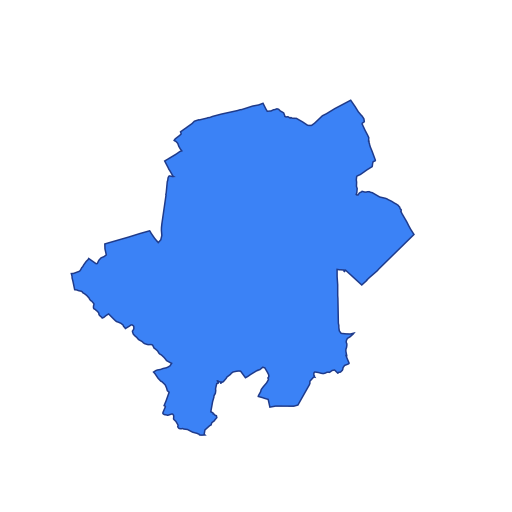 outline of Dorobantu, Tulcea, Romania, rotated 138°
{"feature_id": "2599482B37280829383537", "entity_name": "Dorobantu", "entity_type": "district", "adm_level": 2, "iso_a3": "ROU", "parent_name": "Romania", "parent_adm1": "Tulcea", "projection": "albers", "projection_center": [28.322, 44.951], "detail": "fine", "context": "isolated", "style": "filled", "palette": "blue", "viewbox_px": 512, "rotation_deg": 138, "n_neighbors": 0, "source": "geoboundaries", "source_scale": "gbopen_adm2", "svg_char_len": 6086}
<svg xmlns="http://www.w3.org/2000/svg" viewBox="0 0 512 512"><g transform="rotate(138 256 256)"><path d="M118.6,191.5L118.3,192.2L117.3,193.0L117.1,193.6L117.3,194.6L116.5,196.2L116.6,197.4L116.4,198.3L117.1,201.1L117.6,202.3L118.6,205.9L120.2,209.8L120.4,210.7L121.1,212.1L124.6,217.1L127.2,225.2L128.4,226.9L128.5,227.4L128.8,228.0L130.2,229.2L131.4,229.8L132.3,230.6L133.9,233.1L134.7,233.0L136.0,233.5L137.3,233.6L139.4,233.1L140.3,234.1L140.4,234.6L138.5,235.8L135.7,238.4L134.7,240.6L131.8,243.6L130.5,245.5L128.0,247.7L127.3,247.8L123.8,246.7L116.0,245.8L109.9,244.7L109.3,245.1L107.2,246.9L106.1,247.6L105.4,247.6L103.9,247.0L103.2,247.3L99.7,256.0L98.0,260.8L97.6,261.5L97.3,262.4L96.6,263.4L96.2,264.5L95.2,265.7L95.1,265.9L95.4,266.1L93.0,268.5L92.1,271.5L90.8,276.6L88.8,283.1L88.3,283.5L88.0,283.6L86.0,283.3L85.5,283.5L84.0,285.8L83.5,289.2L83.6,290.4L83.5,293.6L83.5,294.6L82.4,300.6L81.4,308.4L98.8,312.8L108.5,314.6L112.8,315.8L123.7,315.5L127.4,315.9L129.7,318.0L130.2,318.7L131.6,324.3L133.9,331.3L136.9,334.1L137.4,335.5L138.3,335.6L139.1,338.2L140.0,338.7L140.7,339.4L141.2,340.4L140.9,340.7L139.7,343.8L140.3,345.9L140.9,347.5L141.0,349.8L141.2,350.2L141.5,350.8L142.3,351.6L143.9,352.1L145.2,353.0L147.7,353.7L150.8,356.0L150.3,358.6L148.6,364.8L153.0,366.5L158.2,369.7L168.7,374.4L169.9,375.3L172.5,376.5L186.9,384.7L194.9,388.8L197.8,389.9L199.1,390.9L200.2,391.3L206.1,394.5L207.4,395.3L207.5,395.6L211.6,397.4L214.9,397.2L229.0,398.8L229.6,397.3L229.9,396.9L230.4,396.7L232.2,396.7L237.7,397.1L239.5,396.7L239.4,396.1L238.9,394.9L238.8,394.3L238.8,392.1L240.0,389.1L240.6,386.3L240.8,383.8L242.8,384.6L246.9,385.1L260.3,387.7L262.3,380.0L262.7,378.9L262.9,377.3L264.3,370.7L264.2,370.4L265.0,371.0L266.4,373.0L266.7,373.4L267.4,373.6L269.1,372.9L270.8,371.4L272.2,370.6L280.5,363.0L281.9,362.0L282.2,361.4L304.3,343.0L307.2,340.4L309.1,338.4L312.2,334.3L316.0,331.7L319.7,331.4L319.5,332.9L319.7,333.0L319.7,333.5L319.6,334.3L319.5,337.1L318.7,343.2L318.2,345.4L318.2,345.9L327.1,350.3L338.2,355.4L356.9,364.5L360.3,366.1L363.5,362.3L366.5,357.0L369.3,357.2L372.4,358.3L375.4,358.0L376.9,357.5L378.9,356.6L379.4,356.8L380.0,357.3L382.0,366.1L383.0,365.7L385.8,365.6L389.9,364.7L392.0,364.0L393.3,363.9L396.1,362.9L397.4,362.8L403.2,365.1L405.0,366.5L406.3,364.0L407.4,362.7L408.8,360.0L413.3,352.3L411.9,350.7L411.2,349.2L409.4,346.7L409.1,345.6L409.3,344.6L408.7,342.8L408.2,340.0L408.2,336.3L408.5,335.5L408.7,333.6L408.3,332.5L408.4,329.1L408.7,328.6L410.3,327.5L411.5,326.2L411.7,325.5L411.7,324.9L411.2,323.8L411.2,322.8L411.0,321.9L410.9,319.4L411.3,318.3L411.8,317.7L412.0,316.9L412.0,316.2L411.7,313.8L411.8,312.8L410.2,312.2L407.3,312.1L404.3,311.6L403.9,303.6L403.7,301.4L403.4,300.3L402.6,299.0L401.4,296.3L401.1,294.4L401.0,293.5L401.5,292.3L401.4,290.6L401.6,289.5L397.0,288.6L395.1,288.4L394.6,288.1L394.2,287.7L393.9,286.6L393.9,285.6L395.1,284.0L396.2,283.3L398.0,282.9L398.4,282.5L399.2,280.7L399.5,279.8L399.4,277.1L399.1,275.5L399.2,272.5L398.1,269.3L397.8,268.2L397.8,266.8L397.4,265.4L396.0,263.0L395.4,262.2L393.2,260.4L392.5,259.2L392.5,258.8L393.4,255.7L393.0,254.3L392.7,251.7L392.7,251.0L393.0,249.6L393.2,248.4L393.0,247.1L392.5,245.8L392.2,242.1L392.3,239.6L392.5,238.2L390.8,233.3L390.5,232.7L393.4,231.9L395.5,232.3L397.4,232.9L400.4,234.6L402.8,235.5L405.6,237.3L407.2,237.9L409.8,238.3L409.8,236.3L410.6,230.6L410.5,226.7L410.0,225.5L409.7,221.4L409.9,220.3L410.8,217.7L412.0,215.3L411.9,214.0L411.7,212.9L419.8,208.5L424.4,206.3L424.0,205.2L424.2,204.6L429.8,202.0L430.5,201.4L430.6,200.6L430.2,199.4L428.8,197.7L428.3,196.8L427.8,196.5L424.2,194.9L423.7,194.2L423.8,193.0L424.2,192.2L424.8,191.5L426.3,190.1L426.4,189.2L426.2,186.7L427.0,182.9L427.3,182.2L428.3,181.6L428.6,180.7L428.6,179.4L428.2,178.7L427.3,177.7L425.9,176.8L425.5,175.8L423.0,172.9L421.0,167.5L418.4,163.5L418.0,162.4L417.6,161.9L417.6,161.4L417.7,161.0L417.5,160.5L416.2,159.2L413.7,157.2L413.8,158.2L410.4,160.9L403.9,160.9L402.4,160.5L401.0,161.4L400.2,161.7L399.2,161.6L397.0,161.4L396.5,161.7L393.3,162.1L393.0,162.4L392.7,163.3L392.3,163.8L393.1,165.5L393.0,166.9L393.4,167.3L393.1,167.6L393.0,168.2L393.1,168.8L393.5,169.4L393.5,170.1L393.8,170.5L385.7,176.8L381.7,179.3L381.0,180.1L379.6,180.6L379.4,180.9L378.9,180.8L378.0,181.2L376.0,182.9L375.3,183.9L374.5,184.7L370.5,187.5L369.4,186.8L369.0,186.9L368.7,187.2L368.3,189.0L367.9,188.8L367.8,187.6L366.7,186.2L367.0,185.9L367.3,185.1L367.0,184.9L365.7,185.2L365.2,184.6L364.1,184.5L360.1,185.0L358.5,185.5L354.1,185.1L353.0,185.4L350.5,185.1L347.3,183.2L345.8,182.1L344.5,180.7L345.3,172.6L342.8,172.0L339.4,171.6L331.9,170.2L331.4,170.1L331.3,169.7L330.2,169.6L329.4,169.0L325.3,168.8L324.8,167.7L324.3,167.1L325.2,162.5L325.9,159.8L326.4,158.7L327.3,157.7L328.8,157.4L329.1,156.2L329.8,155.7L333.1,154.6L337.9,154.0L341.4,153.3L343.5,152.0L347.6,150.6L348.3,150.1L345.8,146.2L345.0,144.7L342.9,141.3L346.8,134.4L341.8,131.3L328.4,119.1L324.6,117.2L302.5,124.6L301.0,125.4L300.3,126.4L299.5,126.9L294.5,127.4L293.7,127.1L293.4,126.7L293.3,127.4L292.8,127.9L292.9,128.5L292.7,128.8L291.4,130.2L290.5,130.5L290.1,130.5L289.4,129.9L287.4,127.4L286.1,125.3L284.8,123.7L284.2,123.3L282.8,122.6L281.0,122.1L280.0,121.3L279.3,120.4L279.0,120.3L276.1,120.0L274.0,118.8L273.9,118.5L273.6,114.2L273.1,114.1L272.5,114.3L270.9,113.2L268.3,113.3L267.4,113.7L266.0,114.8L263.4,115.4L259.7,114.0L258.9,113.9L258.5,114.1L256.7,119.3L255.7,121.8L255.2,121.3L253.2,124.7L252.6,125.5L251.6,126.5L249.7,127.6L248.2,128.9L247.3,129.9L246.8,131.3L246.2,132.1L245.0,132.9L243.2,133.6L240.1,133.0L236.0,133.0L234.9,133.2L238.1,134.9L241.4,138.1L243.0,139.9L244.0,140.9L244.5,141.8L244.2,144.6L242.4,147.3L240.9,149.0L239.8,150.9L223.5,169.7L221.7,172.0L214.6,179.9L209.6,186.3L204.7,191.8L203.1,189.8L201.8,188.6L199.9,186.5L200.7,185.9L200.8,185.7L200.7,185.3L198.9,185.5L196.8,163.7L192.5,163.7L190.1,163.7L189.7,163.8L189.7,164.0L186.0,164.1L175.7,163.9L173.3,164.2L124.2,166.3L123.2,172.4L122.2,176.6L121.2,180.1L119.2,189.7L118.7,191.6L118.6,191.5Z" fill="#3b82f6" stroke="#1e3a8a" stroke-width="1.5"/></g></svg>